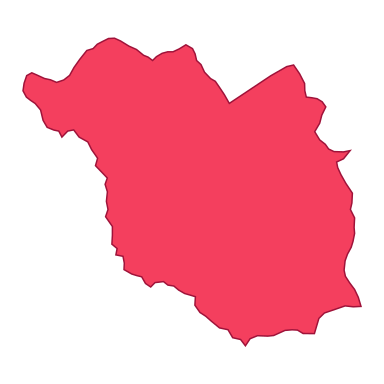 the district of Dourado, São Paulo, Brazil
{"feature_id": "56859067B42142271375919", "entity_name": "Dourado", "entity_type": "district", "adm_level": 2, "iso_a3": "BRA", "parent_name": "Brazil", "parent_adm1": "São Paulo", "projection": "natural_earth1", "projection_center": [-48.341, -22.121], "detail": "fine", "context": "isolated", "style": "filled", "palette": "rose", "viewbox_px": 384, "rotation_deg": 0, "n_neighbors": 0, "source": "geoboundaries", "source_scale": "gbopen_adm2", "svg_char_len": 1838}
<svg xmlns="http://www.w3.org/2000/svg" viewBox="0 0 384 384"><path d="M26.7,75.6L24.1,83.2L23.0,90.8L26.4,97.1L30.5,100.3L35.2,103.5L40.6,110.0L43.1,120.4L47.2,127.4L54.0,130.1L58.8,131.1L61.9,137.1L67.7,131.1L73.7,129.9L79.1,137.1L87.8,141.9L91.6,149.6L97.6,158.2L95.5,165.7L100.7,171.1L107.3,178.0L105.1,184.3L107.4,191.8L106.4,201.4L108.0,209.5L105.6,216.7L112.4,226.5L112.4,235.2L111.9,244.2L117.1,248.5L115.9,254.9L123.0,256.3L124.3,263.1L124.0,269.6L131.7,274.0L136.8,275.6L141.7,276.8L145.5,283.5L150.7,287.0L155.0,282.6L163.5,281.6L167.9,285.1L173.8,286.0L178.7,290.1L184.6,293.5L190.5,295.2L195.4,296.7L194.9,305.2L200.0,312.5L205.7,316.2L211.6,321.4L219.5,327.9L228.0,329.7L232.7,337.7L240.6,339.5L245.4,345.8L250.1,338.7L257.5,335.7L267.8,336.1L273.7,335.5L285.0,330.4L292.1,329.8L297.5,330.1L303.1,333.5L314.4,333.6L318.9,318.4L324.4,313.0L336.1,309.0L345.1,305.9L353.3,306.8L361.0,306.4L358.3,297.3L354.6,289.5L349.6,282.8L345.4,276.3L344.1,270.2L345.1,260.8L347.5,254.1L351.2,247.3L353.0,241.4L354.6,233.4L354.1,227.4L354.6,217.9L350.4,209.5L351.9,203.0L352.4,193.2L345.8,183.3L340.9,174.6L337.7,167.6L336.6,162.0L343.5,158.8L350.1,150.6L343.5,151.9L334.0,151.6L328.6,149.0L325.3,144.3L319.7,139.9L314.7,131.7L319.7,123.2L321.8,115.1L325.8,106.9L322.2,101.8L317.1,98.7L311.5,97.7L306.3,97.1L304.8,90.7L304.6,83.5L299.6,73.8L293.6,65.0L286.7,66.6L270.7,75.8L229.3,103.4L224.3,94.6L219.7,87.7L215.3,81.3L210.6,78.6L204.5,72.2L201.0,64.6L196.6,60.5L195.1,53.9L192.5,48.6L185.9,44.8L179.2,48.9L173.0,51.8L167.7,51.8L162.1,53.3L156.4,56.7L152.6,60.5L148.1,57.1L143.6,55.3L136.5,49.5L128.9,46.1L120.6,41.0L114.5,38.2L108.5,38.5L101.9,41.8L97.3,44.2L93.1,48.6L86.8,50.5L79.8,59.3L74.0,67.5L69.6,75.4L63.7,80.0L56.6,82.4L50.5,79.8L44.5,78.5L37.1,75.1L31.8,72.8L26.7,75.6Z" fill="#f43f5e" stroke="#9f1239" stroke-width="1.5"/></svg>